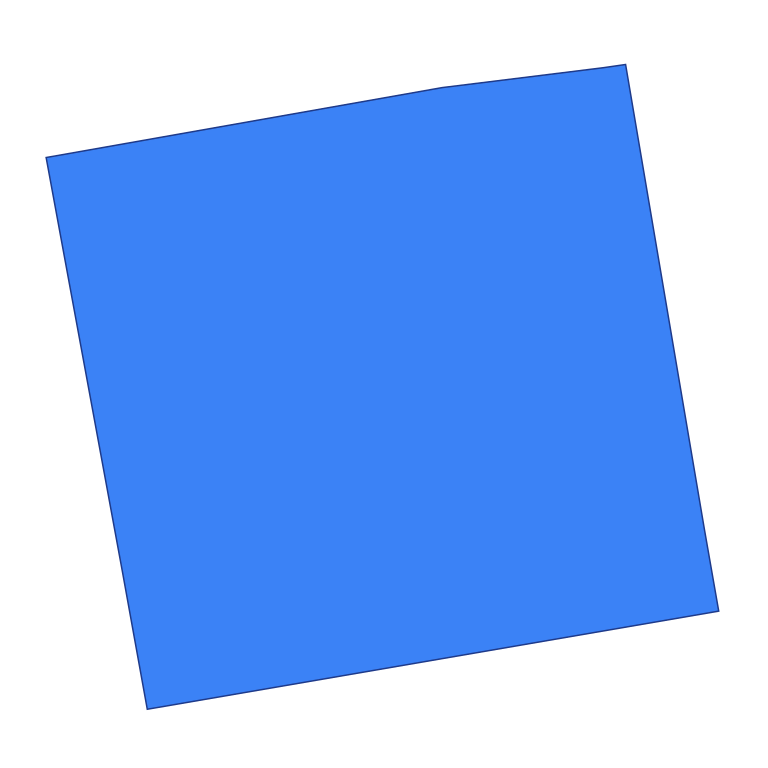 DeKalb, Missouri, United States of America (Equal Earth projection), rotated 350°
{"feature_id": "52423323B71692857350549", "entity_name": "DeKalb", "entity_type": "district", "adm_level": 2, "iso_a3": "USA", "parent_name": "United States of America", "parent_adm1": "Missouri", "projection": "equal_earth", "projection_center": [-94.355, 39.893], "detail": "fine", "context": "isolated", "style": "filled", "palette": "blue", "viewbox_px": 768, "rotation_deg": 350, "n_neighbors": 0, "source": "geoboundaries", "source_scale": "gbopen_adm2", "svg_char_len": 276}
<svg xmlns="http://www.w3.org/2000/svg" viewBox="0 0 768 768"><g transform="rotate(350 384 384)"><path d="M655.0,110.6L492.7,102.2L90.6,102.3L93.8,523.4L94.4,663.2L674.2,665.8L674.3,582.9L677.4,111.3L655.0,110.6Z" fill="#3b82f6" stroke="#1e3a8a" stroke-width="1.5"/></g></svg>